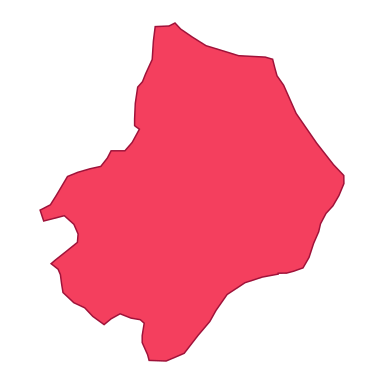 the district of Falun, Dalarna, Sweden
{"feature_id": "70781695B54233926818688", "entity_name": "Falun", "entity_type": "district", "adm_level": 2, "iso_a3": "SWE", "parent_name": "Sweden", "parent_adm1": "Dalarna", "projection": "orthographic", "projection_center": [15.811, 60.776], "detail": "fine", "context": "isolated", "style": "filled", "palette": "rose", "viewbox_px": 384, "rotation_deg": 0, "n_neighbors": 0, "source": "geoboundaries", "source_scale": "gbopen_adm2", "svg_char_len": 1159}
<svg xmlns="http://www.w3.org/2000/svg" viewBox="0 0 384 384"><path d="M175.0,23.0L169.0,26.0L155.2,26.6L153.4,41.0L152.2,59.5L145.6,73.9L142.5,81.7L137.7,87.1L135.3,103.3L134.6,119.0L134.6,125.5L135.2,126.2L139.4,129.2L132.2,142.4L124.9,150.8L111.1,150.8L107.4,158.0L100.8,166.4L89.9,168.8L77.8,172.3L67.5,176.5L56.5,195.1L50.4,204.8L40.1,210.1L43.7,221.0L64.3,215.7L73.9,224.3L78.1,234.0L77.4,242.4L64.6,252.7L55.5,259.9L51.1,263.7L58.1,269.2L60.4,274.6L61.5,283.2L63.0,292.5L73.8,302.7L84.7,307.8L92.8,316.4L104.1,324.6L111.1,318.8L120.1,313.8L131.0,318.1L140.3,319.7L144.2,323.2L142.2,335.6L142.2,342.6L147.6,354.7L149.1,360.4L166.2,361.0L184.2,353.3L198.1,335.3L209.8,321.5L216.0,310.4L227.1,294.5L245.0,282.7L262.2,277.1L275.5,274.6L278.2,274.1L278.2,273.2L286.6,273.1L293.7,271.2L297.3,269.9L303.0,267.9L309.0,257.5L313.6,243.4L318.7,231.7L320.5,223.8L326.0,213.4L332.9,205.9L338.9,195.6L343.9,183.6L343.8,175.6L343.5,175.2L333.5,164.7L316.6,143.1L296.1,113.4L283.6,85.2L277.0,75.8L274.8,67.9L272.6,59.2L272.1,59.1L265.3,57.1L238.6,55.7L211.0,47.2L206.0,45.7L192.2,37.0L180.7,29.1L175.0,23.0Z" fill="#f43f5e" stroke="#9f1239" stroke-width="1.5"/></svg>